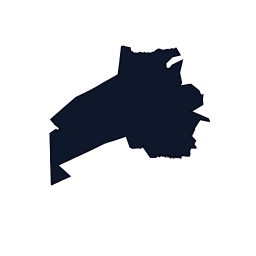 Bubi, Matabeleland North, Zimbabwe (orthographic projection), rotated 309°
{"feature_id": "62879985B291328644758", "entity_name": "Bubi", "entity_type": "district", "adm_level": 2, "iso_a3": "ZWE", "parent_name": "Zimbabwe", "parent_adm1": "Matabeleland North", "projection": "orthographic", "projection_center": [28.902, -19.567], "detail": "fine", "context": "isolated", "style": "filled", "palette": "ink", "viewbox_px": 256, "rotation_deg": 309, "n_neighbors": 0, "source": "geoboundaries", "source_scale": "gbopen_adm2", "svg_char_len": 3812}
<svg xmlns="http://www.w3.org/2000/svg" viewBox="0 0 256 256"><g transform="rotate(309 128 128)"><path d="M106.6,66.3L93.2,64.0L86.1,62.8L84.9,69.3L85.0,73.4L84.9,75.7L81.1,74.9L81.3,73.5L81.4,73.0L74.8,71.0L66.0,78.5L64.1,80.1L63.4,80.8L57.2,86.0L53.9,88.7L49.6,92.5L44.2,97.1L44.1,97.3L35.9,104.2L35.9,104.3L39.8,106.1L44.1,108.3L44.5,108.3L51.2,111.8L53.9,113.1L54.6,99.2L54.7,96.7L61.5,99.9L64.8,101.6L72.6,105.3L74.4,106.3L77.8,107.9L77.8,108.0L80.0,109.0L85.5,111.7L88.8,113.2L91.5,114.5L96.2,116.7L96.3,116.7L101.6,119.2L104.7,121.1L108.2,123.6L115.5,128.3L120.8,131.6L118.7,135.1L115.7,140.0L114.7,141.3L114.8,143.0L115.2,144.0L115.8,144.8L121.1,150.3L120.7,150.4L123.1,151.5L119.5,163.8L122.9,168.1L125.1,168.2L125.4,168.2L125.5,170.3L126.0,170.4L126.1,170.5L126.3,170.7L126.9,170.4L128.3,171.4L128.4,171.5L128.5,171.5L127.9,172.1L127.9,172.3L129.0,173.6L129.7,173.5L129.8,173.5L129.8,174.0L129.2,174.4L129.2,174.5L129.3,174.5L129.6,175.4L130.0,174.9L131.3,175.2L131.3,175.3L131.5,175.8L131.4,176.6L130.9,177.1L131.0,177.2L131.7,177.9L131.7,178.0L131.8,178.0L132.5,177.8L132.6,178.5L133.1,178.4L132.9,178.7L132.3,178.9L131.7,179.3L131.8,179.9L133.0,179.7L133.0,180.3L133.5,180.4L133.8,181.3L133.4,181.9L133.8,182.2L133.8,182.3L135.0,181.7L136.1,181.9L136.2,182.2L135.6,182.4L135.5,183.3L135.2,183.5L136.7,185.3L137.1,185.2L137.9,187.8L140.2,186.6L144.6,193.1L146.7,192.4L147.5,191.4L147.4,191.4L148.3,190.6L150.2,189.6L151.5,189.3L151.9,189.1L152.0,189.1L153.7,191.3L155.1,193.2L155.5,193.2L156.7,189.2L160.5,188.4L161.4,182.3L168.6,180.5L168.4,179.8L180.0,178.5L184.3,186.8L184.6,186.6L184.7,186.4L184.8,186.3L184.9,185.9L184.9,185.7L185.1,185.4L185.1,185.2L185.3,184.8L185.5,184.7L184.5,180.8L182.2,172.8L180.4,166.4L186.4,168.6L186.8,168.7L186.9,168.8L192.9,171.0L193.4,171.1L197.0,167.6L200.7,165.2L199.0,164.2L201.5,159.4L201.4,149.4L192.7,141.6L196.7,141.1L203.3,133.1L214.6,127.6L204.9,123.1L200.3,123.0L198.7,120.7L198.5,119.3L199.7,118.8L199.9,118.1L200.5,117.9L200.9,117.6L201.4,116.6L202.1,116.4L211.3,117.5L217.5,122.3L220.1,115.2L219.8,114.9L219.1,114.8L218.5,114.5L218.3,114.4L218.0,114.2L217.9,114.1L217.8,113.7L217.7,113.4L217.5,113.2L217.2,113.0L216.9,112.5L216.6,111.9L216.3,111.7L216.2,111.7L215.7,112.0L215.4,112.0L215.1,111.9L214.8,111.6L214.6,111.2L214.5,110.5L214.4,110.0L214.1,109.7L213.7,109.4L213.5,109.2L213.1,108.7L212.7,108.4L212.2,108.1L211.8,107.9L210.6,106.7L210.1,106.2L209.7,105.6L209.6,105.1L209.5,104.6L209.3,104.2L209.2,104.0L209.1,103.9L209.1,103.7L209.1,103.4L209.0,103.2L208.9,102.9L208.7,102.7L208.4,102.3L208.3,102.2L208.2,102.1L207.4,101.7L207.1,101.7L206.6,101.6L205.8,101.2L205.7,101.2L205.3,101.1L205.2,101.0L204.9,101.0L204.7,101.0L204.1,101.1L203.6,100.9L203.1,100.4L202.5,100.0L202.4,99.9L201.8,99.5L201.6,99.5L201.6,99.4L201.2,99.2L200.9,99.1L200.0,98.7L199.9,98.7L200.0,98.7L199.9,98.7L199.7,97.7L199.3,97.0L199.2,97.0L199.2,96.9L199.0,96.7L198.9,96.6L198.8,96.4L198.2,96.0L198.1,95.9L197.4,95.4L197.2,95.3L197.0,94.9L197.0,94.3L197.0,94.2L197.1,93.7L196.8,93.3L195.8,92.8L195.7,92.8L195.6,92.7L195.3,92.5L195.2,92.4L195.0,92.2L194.9,92.0L194.9,91.9L194.8,91.7L194.8,91.4L194.5,90.6L194.2,90.0L194.1,89.9L194.0,89.7L193.7,89.5L193.7,89.4L192.8,89.2L192.3,89.2L191.8,89.2L191.7,89.2L191.7,88.5L191.6,88.1L191.0,86.9L190.9,86.8L190.1,86.2L189.9,86.0L189.7,85.4L189.7,84.4L189.8,83.8L189.8,83.7L189.5,83.2L189.3,82.8L189.5,81.4L190.6,80.0L191.3,79.3L191.5,78.9L191.4,78.6L190.9,78.2L189.9,76.2L189.7,76.0L189.4,75.8L189.2,75.5L189.2,75.3L189.1,74.7L189.0,74.1L189.0,73.7L187.3,71.9L187.0,72.1L181.0,75.9L177.4,78.2L174.7,80.0L173.2,80.9L163.3,87.0L158.6,85.2L151.6,82.4L144.9,79.7L144.7,79.8L139.5,77.8L136.8,76.7L132.3,74.8L125.9,71.8L121.6,69.8L118.6,68.4L115.5,67.9L115.4,67.9L106.6,66.3Z" fill="#0f172a" stroke="#020617" stroke-width="1.5"/></g></svg>